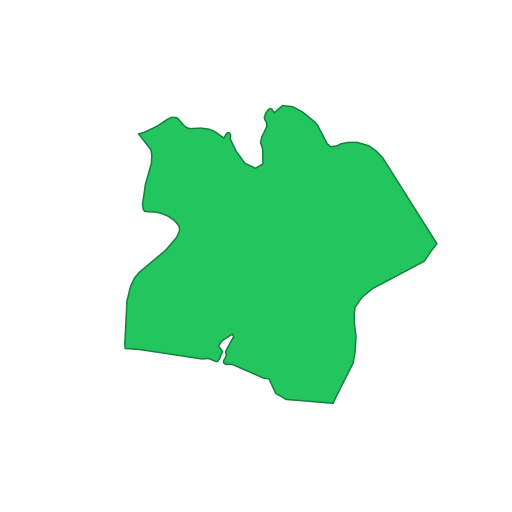 Quảng Trị, orthographic projection, rotated 148°
{"feature_id": "VNM-489", "entity_name": "Quảng Trị", "entity_type": "Province", "adm_level": 1, "iso_a3": "VNM", "parent_name": "Vietnam", "parent_adm1": "", "projection": "orthographic", "projection_center": [106.962, 16.727], "detail": "fine", "context": "isolated", "style": "filled", "palette": "green", "viewbox_px": 512, "rotation_deg": 148, "n_neighbors": 0, "source": "natural_earth", "source_scale": "10m", "svg_char_len": 1582}
<svg xmlns="http://www.w3.org/2000/svg" viewBox="0 0 512 512"><g transform="rotate(148 256 256)"><path d="M153.9,369.5L145.8,363.2L140.1,353.2L135.0,338.1L134.5,333.8L136.2,313.4L134.7,309.1L129.2,306.5L124.3,306.1L116.9,303.1L110.0,298.8L101.8,289.6L98.5,281.5L96.5,272.2L96.1,170.6L105.0,167.3L116.0,162.4L174.6,166.6L188.0,164.8L199.3,160.0L204.0,153.7L208.7,145.9L213.8,134.8L223.3,121.5L230.4,113.7L266.3,91.9L268.6,90.2L306.5,118.4L312.1,129.2L310.0,144.9L314.1,148.2L333.8,176.9L338.9,180.0L340.1,182.6L338.9,184.5L336.4,185.7L333.8,187.5L332.6,190.7L330.5,192.3L317.5,199.6L317.5,202.2L326.8,202.3L331.0,201.6L335.1,199.6L335.6,197.9L335.0,195.2L334.9,192.9L341.4,188.1L344.7,186.9L347.2,189.4L349.4,192.9L351.3,194.6L356.6,197.5L403.8,238.0L415.9,246.9L414.2,250.4L389.3,286.2L378.6,296.6L370.9,301.6L363.9,304.0L329.4,308.8L313.2,314.0L307.7,317.7L305.4,321.9L306.3,329.0L309.3,336.1L313.5,342.1L317.6,346.2L324.6,351.1L326.8,353.1L326.8,355.8L325.0,359.7L311.8,375.4L295.7,389.9L291.1,396.5L288.8,401.6L290.6,419.2L290.8,421.6L290.8,421.8L285.4,420.1L271.2,418.5L258.7,418.9L254.0,418.3L250.1,415.6L249.2,413.0L247.9,404.5L246.2,400.7L243.8,398.6L234.9,393.6L228.6,388.4L225.2,383.7L220.8,373.4L219.5,373.6L217.2,374.9L214.8,375.7L213.3,374.6L213.3,372.5L214.2,370.8L215.3,369.6L215.8,368.6L217.3,355.9L216.3,340.6L210.0,330.7L201.3,330.4L193.5,343.6L192.0,350.0L187.9,353.9L178.0,360.2L176.4,363.3L176.3,366.3L175.6,369.1L175.2,369.4L171.9,372.0L168.3,373.5L165.8,373.7L164.7,371.9L164.7,367.8L153.9,369.5Z" fill="#22c55e" stroke="#15803d" stroke-width="1.5"/></g></svg>